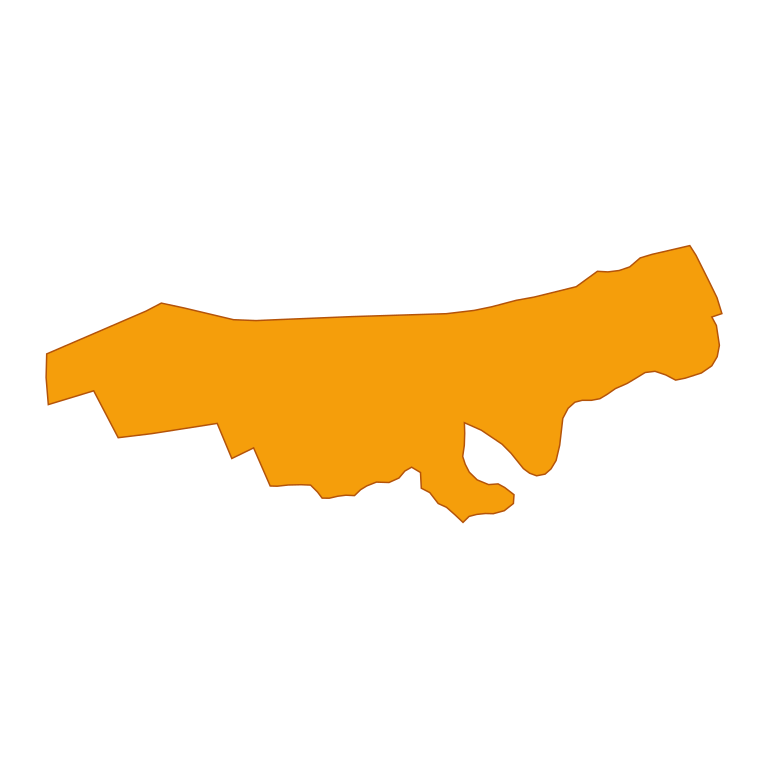 Kibra, Nairobi, Kenya (Natural Earth projection)
{"feature_id": "3690345B3888847045998", "entity_name": "Kibra", "entity_type": "district", "adm_level": 2, "iso_a3": "KEN", "parent_name": "Kenya", "parent_adm1": "Nairobi", "projection": "natural_earth1", "projection_center": [36.794, -1.304], "detail": "fine", "context": "isolated", "style": "filled", "palette": "amber", "viewbox_px": 768, "rotation_deg": 0, "n_neighbors": 0, "source": "geoboundaries", "source_scale": "gbopen_adm2", "svg_char_len": 1423}
<svg xmlns="http://www.w3.org/2000/svg" viewBox="0 0 768 768"><path d="M46.7,353.9L46.1,377.6L48.3,404.6L93.7,390.8L118.2,437.7L152.0,433.6L217.2,423.4L231.8,458.5L253.6,447.9L270.2,486.0L277.2,486.2L288.2,485.0L301.1,484.7L310.6,485.1L317.5,492.0L322.1,498.1L329.3,498.2L337.9,496.2L345.9,495.2L354.5,495.6L360.6,489.7L366.8,485.9L376.4,482.1L389.0,482.5L399.0,478.0L404.9,471.0L411.6,467.2L420.5,472.5L421.3,488.2L429.8,492.6L438.2,503.5L446.5,507.3L455.1,514.9L463.0,522.4L469.1,516.4L476.8,514.4L485.4,513.5L493.3,513.7L504.3,510.7L513.4,503.5L514.0,494.7L504.7,487.5L498.1,483.9L488.6,484.6L477.2,479.9L469.3,472.2L465.2,464.2L462.7,456.5L464.3,445.4L464.7,433.3L464.4,422.7L481.3,430.2L502.1,444.2L511.1,453.3L523.4,468.6L529.6,473.2L536.6,475.8L545.1,474.1L551.0,468.9L556.1,460.5L559.7,445.2L562.8,418.4L568.1,408.3L574.9,402.2L582.2,400.3L591.5,400.3L599.9,398.7L607.5,394.1L615.4,388.6L627.2,383.4L635.4,378.5L645.2,372.5L655.0,371.3L665.7,374.9L675.6,380.1L685.1,378.2L701.4,373.0L711.8,365.8L717.2,356.7L719.4,345.3L716.4,325.5L711.8,317.0L721.9,313.6L717.0,297.7L708.4,280.1L703.4,270.1L696.0,255.3L689.8,245.6L652.2,254.3L640.2,257.9L629.7,266.9L619.2,270.5L607.9,271.9L597.4,271.3L576.2,286.7L534.0,297.1L516.3,300.3L491.6,306.8L474.2,310.4L446.3,313.7L352.2,316.6L278.8,319.6L256.1,320.6L233.5,319.7L184.2,308.0L161.3,303.1L146.0,311.1L46.7,353.9Z" fill="#f59e0b" stroke="#b45309" stroke-width="1.5"/></svg>